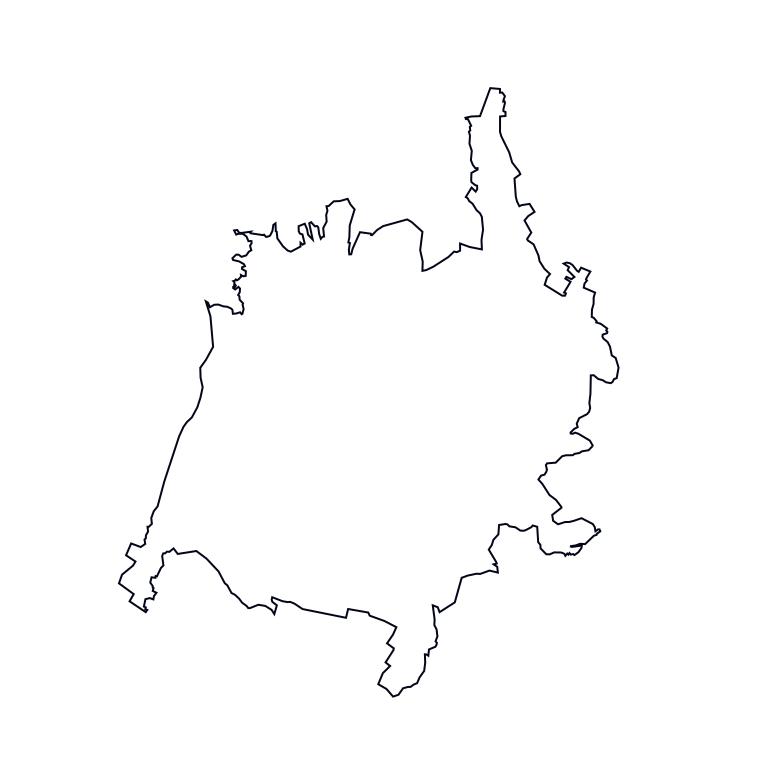 outline of Simleu Silvaniei, Salaj, Romania, rotated 98°
{"feature_id": "2599482B94052118858372", "entity_name": "Simleu Silvaniei", "entity_type": "district", "adm_level": 2, "iso_a3": "ROU", "parent_name": "Romania", "parent_adm1": "Salaj", "projection": "natural_earth1", "projection_center": [22.774, 47.23], "detail": "fine", "context": "isolated", "style": "outline", "palette": "ink", "viewbox_px": 768, "rotation_deg": 98, "n_neighbors": 0, "source": "geoboundaries", "source_scale": "gbopen_adm2", "svg_char_len": 6153}
<svg xmlns="http://www.w3.org/2000/svg" viewBox="0 0 768 768"><g transform="rotate(98 384 384)"><path d="M514.5,162.5L505.0,155.0L503.8,152.5L502.6,152.3L499.8,149.3L498.0,150.3L498.1,151.7L500.4,154.1L496.3,155.4L493.6,157.7L489.4,169.7L493.2,177.2L494.9,181.5L495.5,185.5L498.7,192.1L495.9,197.5L490.2,199.2L481.8,191.0L481.1,191.2L474.9,197.5L470.9,204.7L460.9,213.3L457.1,217.8L452.8,215.7L451.5,212.5L448.6,211.1L446.2,210.7L441.8,212.4L439.9,211.5L438.0,203.0L430.7,197.5L429.3,194.0L428.2,187.0L426.7,185.7L425.1,180.8L423.2,178.8L421.1,172.2L417.0,169.2L415.8,168.8L411.4,172.3L406.2,184.6L405.6,188.0L407.0,190.1L407.0,192.2L406.0,192.5L402.0,189.4L399.8,186.2L396.5,187.6L390.7,186.0L385.5,178.6L382.9,177.0L379.1,176.5L374.2,178.0L365.0,178.2L346.7,180.4L346.1,177.6L349.2,172.6L349.8,167.9L351.4,164.5L351.6,159.5L350.2,158.0L347.1,156.9L345.8,154.4L335.1,154.0L326.0,158.2L324.0,162.4L315.6,165.4L311.4,168.3L308.5,173.0L306.7,174.3L304.7,174.3L302.6,170.2L301.3,170.0L300.0,171.4L298.0,170.7L294.2,177.8L293.5,182.4L292.3,182.1L289.3,185.5L288.7,187.6L281.4,188.4L275.5,187.6L269.2,188.4L264.1,187.7L260.8,199.6L256.6,199.4L253.3,197.4L252.4,198.5L250.7,198.1L243.9,195.3L241.4,205.0L245.8,206.8L245.0,208.6L239.9,213.9L238.5,216.9L238.3,220.1L239.8,222.8L242.5,217.0L245.7,218.0L251.5,210.3L254.1,213.0L252.5,218.3L254.4,219.1L256.9,213.5L268.4,218.4L268.9,216.5L271.3,217.0L271.7,219.9L263.4,238.7L255.9,237.4L252.0,234.9L247.6,241.2L240.6,247.1L235.3,248.9L224.9,255.3L221.8,261.6L220.5,262.5L213.6,259.2L202.5,267.6L197.7,264.6L192.6,258.9L185.4,264.9L187.7,272.6L189.1,274.7L184.7,277.7L180.3,279.5L162.3,283.4L157.3,278.2L154.7,279.8L146.8,287.9L137.1,292.3L122.4,302.3L118.2,304.2L102.9,306.3L101.7,301.0L97.8,301.5L97.2,303.7L95.4,304.0L88.7,303.3L87.2,304.1L87.7,305.2L86.0,305.2L82.1,304.3L78.9,307.5L79.4,309.7L75.7,310.2L76.2,319.9L105.4,326.2L106.9,334.6L109.0,340.4L110.2,339.8L110.1,337.7L116.2,333.6L117.5,334.8L120.9,333.9L122.4,335.0L126.2,333.4L134.2,332.8L140.9,329.5L150.2,329.1L154.7,326.5L157.6,323.6L157.2,321.4L158.6,321.1L162.8,326.8L170.3,326.0L172.0,325.4L174.4,321.3L174.7,319.4L178.0,318.8L180.7,320.0L177.3,324.6L187.5,329.0L188.4,327.0L191.1,325.0L193.0,321.5L199.0,316.5L201.6,312.7L204.8,310.4L217.3,307.4L227.8,307.5L237.1,305.8L236.4,318.2L234.3,328.2L241.4,327.2L243.3,330.3L243.1,333.0L249.2,337.8L261.0,351.5L265.3,358.0L266.6,361.7L257.4,362.7L246.4,366.8L227.9,367.1L219.9,378.9L217.8,383.9L227.8,406.9L232.6,412.4L238.2,416.5L238.3,417.5L237.0,418.0L237.0,428.9L254.4,433.9L260.1,434.5L260.5,436.4L256.0,437.5L249.1,437.4L248.8,439.0L243.7,438.7L231.7,440.0L215.2,437.4L210.9,442.2L205.7,445.8L209.0,453.2L210.1,459.2L215.4,463.5L216.0,465.7L220.4,464.1L224.6,464.8L231.2,463.4L238.1,465.9L246.3,463.9L246.9,465.5L249.0,466.8L244.7,469.0L238.0,470.9L236.9,472.2L237.5,474.4L233.9,478.7L235.3,480.4L250.9,474.7L246.8,479.9L241.3,481.8L236.3,484.8L239.6,490.5L244.6,489.7L246.7,488.3L247.2,485.6L255.9,482.1L257.3,483.9L255.7,486.3L259.5,485.8L265.9,494.6L265.3,497.9L261.9,503.0L254.6,509.9L248.2,511.4L247.8,512.4L240.0,513.8L241.8,515.7L248.0,515.8L251.7,517.0L253.4,517.9L254.8,521.2L252.8,523.6L253.4,524.4L253.3,536.9L252.7,537.9L251.7,537.1L254.4,546.7L254.1,548.8L251.9,550.7L252.8,553.8L256.6,551.2L255.6,549.4L254.9,544.7L257.1,540.7L261.4,538.1L260.9,535.2L262.9,534.7L265.8,535.9L270.0,534.0L271.8,536.3L275.8,538.3L277.9,542.8L276.2,546.0L276.5,548.4L280.6,551.6L282.2,550.7L282.8,544.4L284.9,539.3L286.7,538.1L288.1,540.7L289.8,540.7L291.5,536.5L296.2,536.0L296.9,538.4L296.0,540.8L297.5,540.4L300.5,542.5L301.8,544.1L301.1,545.3L302.7,546.4L303.1,547.5L304.1,546.2L306.9,546.1L306.5,545.1L307.1,544.5L308.7,545.2L308.9,546.8L310.0,546.7L311.1,544.5L308.1,541.7L309.5,539.9L313.1,539.6L316.2,540.8L317.3,539.4L320.6,538.7L323.7,534.8L325.4,535.0L329.4,533.4L334.2,534.0L334.7,534.7L333.0,536.5L334.8,540.2L335.5,543.4L331.7,544.4L330.6,545.7L329.3,550.1L329.5,553.6L328.4,559.3L329.2,563.2L332.2,567.1L328.0,569.6L327.0,571.9L341.1,565.3L371.0,558.4L384.9,563.7L393.5,568.2L403.3,566.5L412.5,563.1L423.3,563.9L433.0,565.6L443.8,569.6L449.0,573.8L454.3,576.6L464.4,579.6L511.1,588.0L536.8,591.2L542.0,594.3L549.1,595.8L554.8,594.4L558.2,597.1L558.3,598.3L563.0,597.1L566.9,598.7L570.1,598.4L571.3,599.5L575.6,598.2L579.3,602.2L577.1,612.2L589.5,615.6L594.4,605.4L598.7,607.2L609.3,616.9L618.3,618.7L626.9,602.6L634.6,605.7L643.1,588.2L640.7,587.0L640.3,589.0L638.4,588.8L637.8,590.8L630.3,590.3L628.6,586.2L629.4,582.4L626.1,582.3L622.4,580.3L621.1,584.2L618.2,583.8L617.9,584.7L616.3,584.9L613.2,587.8L607.8,587.3L607.7,583.4L606.0,583.4L606.1,582.1L597.2,579.3L594.4,577.2L585.2,579.7L582.5,579.1L582.1,577.1L580.2,575.6L580.1,573.2L576.1,569.5L581.0,564.6L575.5,546.6L581.6,535.5L592.6,521.8L603.5,513.9L605.1,511.2L612.2,505.9L613.5,502.2L616.8,497.5L620.3,494.1L623.0,489.0L624.8,487.3L624.6,485.6L620.1,477.7L620.3,470.6L623.3,463.9L627.1,460.6L618.1,459.3L615.3,464.2L613.3,465.2L610.7,465.0L613.2,454.3L613.4,449.0L612.8,446.6L614.0,442.0L618.2,433.3L620.8,389.1L611.8,388.2L612.5,367.8L615.4,365.9L618.6,350.7L623.1,337.9L630.9,340.2L640.4,344.9L644.4,337.5L646.2,337.6L659.5,343.7L662.4,338.7L670.5,344.9L682.1,347.9L685.6,339.2L692.3,331.5L689.7,326.4L682.7,322.8L680.6,318.0L680.3,315.6L677.5,312.8L675.7,309.6L669.5,307.9L662.6,304.3L654.3,304.4L646.0,305.9L646.0,304.1L646.9,302.3L640.6,302.5L637.0,296.5L634.5,295.6L632.8,295.7L631.7,297.1L626.3,296.0L619.7,297.8L615.7,300.6L610.2,301.1L596.4,304.9L597.6,299.7L602.2,297.2L590.4,283.5L565.1,280.1L562.1,274.5L559.0,266.0L558.7,262.3L554.1,253.6L554.9,245.0L549.3,246.4L547.3,250.3L546.1,247.4L544.7,248.1L533.4,257.2L528.3,254.8L523.1,254.0L517.0,249.8L507.6,250.4L505.6,243.8L506.0,242.0L507.5,240.1L507.6,233.9L510.2,228.5L509.8,224.9L508.7,222.9L505.3,218.2L503.4,217.0L504.1,212.4L519.2,209.3L521.4,206.8L525.0,206.1L530.0,199.6L529.6,196.1L527.1,192.1L526.2,185.3L527.0,181.8L528.9,180.5L526.4,178.9L527.3,177.6L525.6,176.8L526.9,175.3L526.1,173.0L526.9,171.6L523.6,168.1L518.8,165.6L516.4,165.6L519.2,175.2L518.8,177.1L517.1,171.5L515.0,167.7L514.5,162.5Z" fill="none" stroke="#020617" stroke-width="2"/></g></svg>